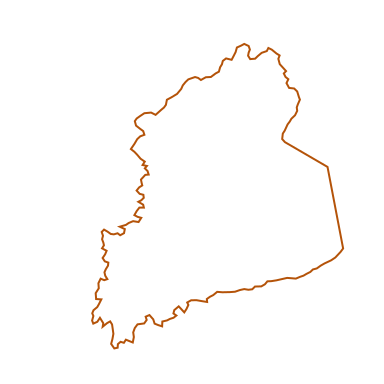 Campina do Simão, Paraná, Brazil (Robinson projection), rotated 251°
{"feature_id": "56859067B97439184576762", "entity_name": "Campina do Simão", "entity_type": "district", "adm_level": 2, "iso_a3": "BRA", "parent_name": "Brazil", "parent_adm1": "Paraná", "projection": "robinson", "projection_center": [-51.78, -25.111], "detail": "fine", "context": "isolated", "style": "outline", "palette": "amber", "viewbox_px": 384, "rotation_deg": 251, "n_neighbors": 0, "source": "geoboundaries", "source_scale": "gbopen_adm2", "svg_char_len": 2781}
<svg xmlns="http://www.w3.org/2000/svg" viewBox="0 0 384 384"><g transform="rotate(251 192 192)"><path d="M185.1,96.6L183.6,93.6L179.6,93.6L176.6,91.6L173.0,91.7L170.3,91.4L168.0,88.6L164.2,92.1L161.3,89.5L158.7,86.0L154.8,87.0L152.5,89.9L149.7,88.6L147.0,85.3L144.6,83.1L141.1,82.7L137.2,83.6L137.2,80.3L139.8,77.4L136.2,73.8L131.3,72.5L127.7,68.0L122.0,66.5L120.0,71.3L116.1,67.3L114.0,64.9L112.3,60.4L109.8,58.2L106.9,58.4L103.0,55.7L99.7,55.8L100.1,60.2L103.0,64.0L96.8,65.4L93.7,63.7L95.7,69.1L96.3,72.5L92.8,73.3L88.6,72.5L83.5,71.5L78.9,68.9L74.7,66.1L69.4,67.6L69.0,71.0L72.3,72.4L73.6,75.7L71.6,78.5L73.9,81.4L69.0,87.0L73.8,89.8L78.4,90.7L82.0,93.6L84.6,97.4L83.3,104.0L85.8,107.5L89.2,107.6L89.5,111.7L84.2,113.9L79.7,113.8L77.1,116.8L74.7,120.0L79.2,121.8L78.7,126.6L79.2,129.8L79.1,133.6L80.3,137.0L83.2,134.9L86.1,136.8L88.2,142.2L85.3,143.5L80.7,145.5L83.2,148.7L86.4,151.8L89.1,151.5L89.9,156.0L88.2,161.1L85.5,166.0L83.1,170.5L86.0,171.2L87.1,174.9L87.6,178.5L89.4,183.3L87.3,188.1L85.0,195.3L83.7,200.2L83.7,205.4L83.2,209.8L81.2,213.5L80.4,217.3L82.1,220.8L80.2,226.8L81.0,230.9L83.0,234.2L81.9,237.9L81.0,243.0L79.8,254.0L78.2,257.7L76.3,262.0L76.6,266.6L76.6,270.2L77.3,273.6L77.9,277.9L79.4,281.1L79.1,285.1L80.5,289.8L81.3,294.0L82.1,301.3L83.4,306.2L87.0,313.0L89.4,316.5L171.6,328.3L208.9,296.1L212.7,294.5L217.7,296.9L219.8,299.6L224.8,304.4L226.8,307.4L228.9,309.8L231.0,314.4L234.5,317.9L237.9,318.6L240.4,320.6L244.2,324.1L247.0,324.0L252.8,324.2L256.6,322.3L258.8,317.7L264.2,316.8L267.3,319.8L270.3,317.9L274.2,317.4L275.7,320.3L278.5,319.1L284.3,316.6L289.8,317.0L292.6,319.3L295.4,317.0L300.6,313.8L303.3,311.1L300.9,308.6L300.9,303.2L299.1,298.5L297.5,295.1L298.7,290.3L302.6,289.4L305.4,291.0L307.8,293.1L311.6,293.1L315.0,289.6L314.4,286.0L314.0,281.5L310.1,278.8L307.1,275.7L304.1,272.5L307.2,267.7L305.9,263.8L303.0,261.9L300.8,259.2L297.0,256.6L296.4,252.9L294.6,247.3L296.0,242.4L295.0,236.9L297.9,234.9L299.7,232.3L299.7,225.2L298.1,221.7L295.8,218.0L293.0,215.4L289.6,209.8L288.2,203.3L287.4,198.3L282.9,195.7L281.0,193.0L279.7,189.6L276.8,182.7L280.4,179.2L282.0,172.6L280.7,167.6L279.5,163.6L277.6,161.0L273.0,160.7L268.8,163.4L265.5,165.7L261.6,165.6L261.5,161.2L259.8,157.4L256.2,153.2L252.5,148.2L248.8,150.6L245.1,152.3L240.2,154.2L236.1,157.2L233.6,154.1L231.3,157.8L229.7,155.1L226.3,156.8L222.6,156.7L223.4,153.4L220.4,147.8L217.5,147.4L214.4,147.1L213.6,143.6L211.4,140.1L207.3,141.9L205.2,145.1L202.2,144.5L200.7,141.4L200.2,138.1L195.9,141.7L192.9,141.4L194.4,137.2L191.9,133.4L188.9,130.0L186.2,132.5L184.1,135.6L181.0,131.7L183.6,126.8L183.3,122.0L182.4,118.9L182.7,112.4L178.8,116.4L175.2,114.3L174.5,110.0L177.2,108.2L177.4,104.3L178.8,101.5L181.8,99.4L185.1,96.6Z" fill="none" stroke="#b45309" stroke-width="2"/></g></svg>